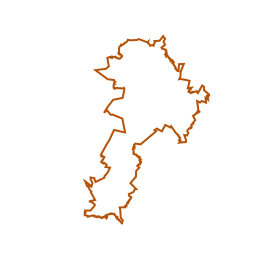 Santiago Papasquiaro, Durango, Mexico, rotated 300°
{"feature_id": "50627088B53299694063482", "entity_name": "Santiago Papasquiaro", "entity_type": "district", "adm_level": 2, "iso_a3": "MEX", "parent_name": "Mexico", "parent_adm1": "Durango", "projection": "orthographic", "projection_center": [-106.236, 25.023], "detail": "fine", "context": "isolated", "style": "outline", "palette": "amber", "viewbox_px": 256, "rotation_deg": 300, "n_neighbors": 0, "source": "geoboundaries", "source_scale": "gbopen_adm2", "svg_char_len": 5897}
<svg xmlns="http://www.w3.org/2000/svg" viewBox="0 0 256 256"><g transform="rotate(300 128 128)"><path d="M79.2,165.7L81.4,157.7L89.8,159.2L94.9,156.5L99.3,157.6L99.8,155.0L100.9,155.1L101.6,155.6L101.8,156.1L102.0,156.3L102.2,156.0L102.5,156.0L102.8,156.5L103.3,156.5L103.4,156.2L104.1,156.5L104.4,155.7L105.4,156.1L105.6,155.8L105.9,155.9L105.5,155.6L105.7,155.2L105.5,154.7L105.9,154.3L106.4,154.4L107.0,154.8L107.1,154.4L106.7,153.9L107.5,153.9L107.9,153.5L107.7,152.4L108.6,152.4L108.0,151.1L108.1,150.5L108.7,150.3L108.5,149.5L108.8,149.3L108.6,148.9L109.1,148.1L108.6,147.5L108.7,147.0L108.4,145.7L109.2,145.7L109.7,144.7L110.7,144.5L111.3,143.9L111.9,143.8L112.7,142.8L112.5,142.6L112.8,142.5L113.0,142.8L113.0,143.2L113.8,142.9L113.9,143.2L114.4,142.4L115.1,142.9L115.1,142.4L115.3,142.1L116.5,141.6L117.5,142.2L118.2,142.2L120.1,147.1L139.4,154.0L139.4,152.1L141.9,153.2L142.0,159.0L149.3,158.8L149.7,164.4L151.1,164.4L147.6,172.0L147.7,172.8L147.2,173.4L147.2,174.0L146.9,174.2L147.0,175.4L146.1,175.9L145.9,176.9L144.9,177.6L145.7,177.5L145.7,178.0L145.1,178.2L142.8,178.4L143.5,179.7L142.0,180.0L141.0,179.8L144.8,185.1L146.4,184.4L150.1,180.3L151.1,182.9L154.2,182.5L154.7,181.1L156.1,180.6L158.1,181.2L158.0,181.5L159.1,182.4L159.9,182.8L160.2,181.9L161.4,182.3L162.6,181.2L164.3,182.4L164.7,181.7L168.4,182.3L171.1,178.2L171.7,178.4L172.1,179.1L173.4,179.3L178.6,182.2L176.4,179.9L178.3,180.2L185.9,174.4L186.0,177.5L188.2,178.3L189.0,182.9L192.9,180.1L192.5,183.0L193.3,182.2L193.7,182.4L193.9,181.4L194.9,181.2L194.8,180.6L195.5,180.2L195.7,180.3L195.4,181.6L196.1,181.4L196.7,182.0L197.1,181.7L196.7,181.4L197.6,181.1L198.8,174.9L201.6,173.4L201.9,171.0L194.5,171.1L194.4,170.2L193.2,170.8L193.3,170.1L193.9,169.4L193.7,168.6L193.4,168.0L192.6,167.6L192.3,167.1L191.8,167.0L191.5,165.8L190.8,165.9L190.3,165.6L190.4,165.2L190.3,164.6L189.9,164.5L190.2,164.2L189.8,163.6L189.9,163.0L189.6,162.3L190.4,162.1L191.9,162.3L192.6,163.0L194.0,162.6L194.6,162.8L193.9,161.8L193.4,161.6L193.3,161.3L192.6,161.0L192.2,160.0L199.6,157.8L198.6,154.1L196.4,148.4L196.0,148.0L198.1,147.9L199.2,147.5L202.8,145.5L211.4,144.3L208.8,140.3L202.5,143.3L202.2,142.7L202.2,141.5L203.0,140.7L203.0,140.2L203.3,139.9L203.0,139.8L203.1,139.2L204.8,138.1L205.9,135.3L206.0,135.7L207.1,134.2L207.3,134.4L207.9,134.1L208.0,134.3L208.8,132.8L207.1,131.8L207.7,130.8L208.5,131.3L208.9,130.6L208.6,130.4L209.0,129.8L208.8,129.6L209.3,128.8L209.0,128.6L210.1,126.7L209.7,126.4L209.9,126.2L209.2,125.7L210.1,125.4L209.8,125.2L210.1,124.7L209.7,124.5L210.3,123.4L211.4,124.0L211.8,123.3L212.6,123.8L213.8,121.8L214.3,122.2L214.7,121.4L213.8,117.6L214.4,116.8L218.6,118.5L220.5,115.6L223.8,115.5L225.1,112.5L219.3,111.7L216.5,107.4L215.3,108.6L213.4,108.5L212.0,109.0L212.0,107.6L211.4,106.8L210.2,106.1L211.8,103.5L212.1,103.7L211.5,102.9L211.6,102.6L213.0,102.3L211.9,101.9L210.4,92.9L208.6,91.6L205.1,86.2L204.3,83.7L203.1,83.9L201.4,83.7L200.5,83.1L200.0,82.4L199.6,82.6L198.2,82.3L197.6,81.6L197.0,81.4L196.8,81.2L197.0,80.8L196.7,80.3L195.9,80.9L194.2,79.9L192.9,80.4L192.2,80.5L190.7,81.6L190.3,81.7L189.1,82.4L187.9,82.2L187.4,83.6L188.1,83.8L188.2,84.1L188.1,84.5L187.8,84.6L188.0,85.3L187.4,87.0L186.6,87.0L186.4,86.6L185.2,86.7L184.2,86.3L184.2,86.1L183.4,85.5L183.5,85.3L183.3,84.6L183.4,84.0L183.0,82.8L183.2,82.7L183.2,82.3L182.9,81.7L183.4,81.4L182.3,80.0L182.1,79.3L181.2,79.2L181.4,79.0L181.2,78.8L181.5,78.7L180.6,77.9L181.2,77.6L178.6,75.1L177.1,76.1L171.8,80.6L168.2,79.2L161.8,70.9L160.1,86.0L162.5,91.8L162.1,91.9L162.1,92.6L161.7,93.2L161.6,93.9L161.0,93.5L160.2,93.4L159.5,93.8L159.4,94.2L159.1,93.7L158.9,93.7L158.5,94.1L157.7,94.2L157.4,94.6L156.1,95.1L156.0,95.5L155.6,95.6L155.2,96.2L155.5,97.2L156.4,97.4L157.4,98.6L157.6,100.0L158.6,101.1L158.8,102.3L159.3,103.2L159.8,103.8L160.7,104.3L159.8,105.5L151.4,108.3L144.9,101.0L136.3,99.9L129.2,99.6L132.6,100.9L132.7,101.3L130.8,106.4L131.9,108.0L133.3,118.4L122.7,127.7L119.3,116.9L108.4,117.9L102.3,117.7L91.2,117.9L91.2,118.9L90.0,119.2L90.1,119.7L91.0,120.6L91.0,122.1L87.5,122.1L87.2,121.7L85.1,121.8L85.0,124.6L85.9,124.6L85.5,127.9L83.0,128.1L84.7,132.2L79.8,132.6L77.1,132.4L74.7,131.7L73.2,132.4L65.0,126.9L66.5,125.0L67.8,123.9L66.4,120.3L64.5,121.6L64.2,122.6L62.3,124.9L58.9,125.7L58.4,122.5L59.7,123.5L60.4,117.6L57.3,121.5L57.7,121.9L55.1,126.4L54.7,128.0L53.6,128.2L49.2,135.5L44.9,130.9L45.7,133.2L45.1,137.5L44.3,137.9L37.8,136.9L35.1,132.1L34.8,132.3L33.7,132.4L33.4,133.0L33.0,133.1L33.1,133.4L32.5,133.2L31.7,134.0L31.0,134.0L30.9,134.6L31.8,136.8L31.9,137.8L31.4,137.9L34.2,140.7L34.6,141.5L34.8,141.5L35.0,141.9L34.7,142.4L34.9,142.6L34.6,142.8L34.9,143.1L35.1,143.0L35.3,143.3L35.0,143.7L35.2,144.0L34.9,144.4L35.2,144.9L35.1,145.3L35.6,145.4L35.6,145.8L36.2,145.8L36.6,146.4L36.3,146.6L36.4,147.4L36.7,147.5L36.5,147.8L36.9,148.3L36.6,148.8L37.0,150.5L37.5,150.5L37.5,150.2L38.4,150.6L38.4,151.3L38.7,151.4L38.9,151.9L39.8,151.9L40.7,152.5L40.3,153.0L39.3,153.6L39.0,154.6L40.2,154.5L40.8,154.2L40.8,153.8L40.5,153.6L41.2,153.8L41.5,152.6L41.8,152.6L42.4,153.1L43.6,154.7L44.3,154.9L44.5,155.4L44.9,155.4L44.9,156.1L45.8,156.5L45.6,157.3L45.8,157.7L46.2,157.8L46.1,158.6L46.4,158.6L46.8,159.1L46.7,159.4L46.2,159.7L46.0,160.8L45.4,161.4L45.6,162.8L44.6,162.7L44.8,163.6L44.7,164.4L43.8,164.5L44.2,165.9L44.1,166.2L43.7,166.0L43.4,166.3L43.8,166.9L43.6,167.5L43.2,167.9L42.8,169.6L41.7,170.7L45.4,169.6L46.8,166.5L53.3,162.2L55.0,160.5L57.9,165.1L58.4,164.6L59.2,164.5L59.6,165.7L60.1,165.4L60.4,165.7L60.3,165.4L61.3,165.0L62.0,165.2L62.3,165.0L62.4,165.3L62.6,165.2L62.9,165.4L63.1,165.1L63.5,165.3L63.6,165.0L64.3,165.4L64.7,165.2L65.1,165.4L65.4,165.1L65.6,165.3L66.3,165.1L66.7,165.5L67.2,165.3L68.2,165.7L69.3,165.6L69.9,164.9L69.6,163.8L69.9,162.7L70.9,162.3L71.2,161.8L71.9,162.2L73.2,163.4L74.1,163.8L74.7,164.5L75.4,164.7L78.3,164.6L79.2,165.7Z" fill="none" stroke="#b45309" stroke-width="2"/></g></svg>